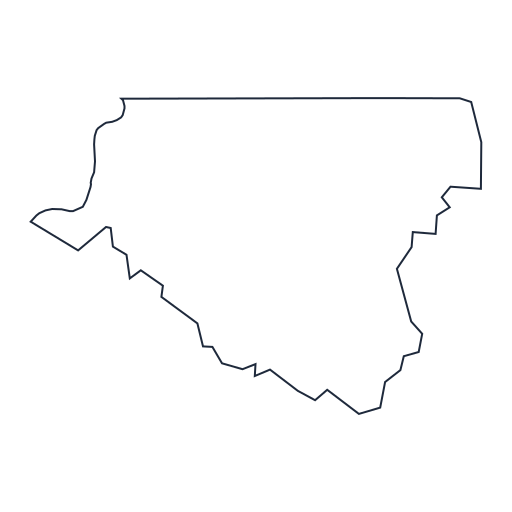 Wetzel, West Virginia, United States of America
{"feature_id": "52423323B41320472934354", "entity_name": "Wetzel", "entity_type": "district", "adm_level": 2, "iso_a3": "USA", "parent_name": "United States of America", "parent_adm1": "West Virginia", "projection": "equal_earth", "projection_center": [-80.719, 39.575], "detail": "fine", "context": "isolated", "style": "outline", "palette": "slate", "viewbox_px": 512, "rotation_deg": 0, "n_neighbors": 0, "source": "geoboundaries", "source_scale": "gbopen_adm2", "svg_char_len": 977}
<svg xmlns="http://www.w3.org/2000/svg" viewBox="0 0 512 512"><path d="M121.4,98.7L123.0,100.2L124.5,106.0L124.5,108.4L122.7,115.1L121.1,117.4L116.8,120.1L112.2,121.8L106.2,122.7L104.1,123.9L98.2,128.1L96.6,130.1L94.8,135.8L94.4,139.4L94.1,144.4L95.0,161.4L94.1,172.3L91.5,178.5L90.7,182.9L91.0,184.1L90.5,187.1L86.4,199.9L82.8,206.8L73.1,211.1L69.6,211.1L61.6,209.3L52.2,209.0L45.5,210.4L39.3,213.2L36.4,215.5L30.7,221.7L78.1,250.4L106.0,227.0L110.7,228.0L112.9,246.6L126.5,254.8L129.8,278.4L140.8,270.3L162.9,285.7L161.4,296.9L197.4,323.4L203.0,346.4L212.4,346.9L222.0,363.3L242.5,369.2L255.5,364.1L254.8,376.0L270.0,369.6L297.9,390.9L315.1,400.2L327.2,389.8L358.9,413.9L380.2,407.6L385.1,382.0L400.4,370.1L403.8,356.2L418.7,352.0L422.2,333.8L411.2,321.5L396.9,268.8L411.6,247.1L412.8,232.1L435.6,233.9L436.9,215.4L449.7,207.3L441.8,197.3L450.5,186.7L480.9,188.8L481.3,142.2L471.2,102.0L459.8,98.3L379.3,98.1L121.4,98.7Z" fill="none" stroke="#1e293b" stroke-width="2"/></svg>